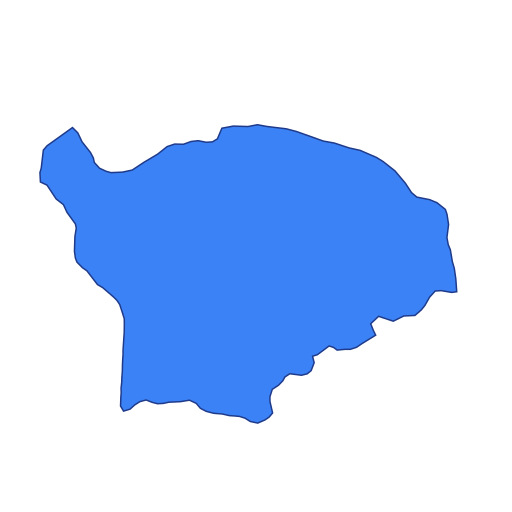 the district of São Simão, Goiás, Brazil, rotated 258°
{"feature_id": "56859067B52183336180672", "entity_name": "São Simão", "entity_type": "district", "adm_level": 2, "iso_a3": "BRA", "parent_name": "Brazil", "parent_adm1": "Goiás", "projection": "robinson", "projection_center": [-50.604, -19.016], "detail": "fine", "context": "isolated", "style": "filled", "palette": "blue", "viewbox_px": 512, "rotation_deg": 258, "n_neighbors": 0, "source": "geoboundaries", "source_scale": "gbopen_adm2", "svg_char_len": 1903}
<svg xmlns="http://www.w3.org/2000/svg" viewBox="0 0 512 512"><g transform="rotate(258 256 256)"><path d="M419.8,103.2L407.3,74.6L403.8,70.0L386.6,64.2L382.5,62.0L373.2,60.5L368.8,66.3L353.3,72.4L346.3,78.3L338.0,80.2L324.9,86.0L320.7,86.0L312.6,82.9L298.4,79.4L291.5,78.9L287.2,79.6L280.5,83.9L276.7,87.5L261.0,95.0L256.9,99.5L245.3,108.3L241.4,110.8L236.8,112.6L230.4,113.3L222.1,114.1L215.6,112.8L208.3,111.1L191.3,106.3L187.4,105.5L182.1,104.0L177.1,102.7L171.0,101.3L164.9,99.5L160.4,98.4L154.7,96.5L150.2,95.7L146.2,94.5L137.4,92.3L131.8,94.2L132.4,101.0L135.5,106.3L137.7,112.2L138.0,118.6L134.5,123.9L132.0,128.9L131.1,134.5L131.1,140.5L130.1,146.4L129.2,152.1L128.8,160.9L124.3,166.9L118.5,170.0L114.4,175.0L110.9,182.0L108.5,190.1L105.4,196.8L103.9,202.1L102.5,206.6L99.6,211.6L95.3,216.0L92.2,223.0L93.8,230.8L95.7,235.4L99.0,239.6L110.8,239.4L115.5,240.4L122.2,244.2L124.9,251.1L128.3,256.2L131.7,259.2L133.8,264.6L129.9,275.7L130.1,281.6L132.4,286.1L139.5,290.7L146.2,290.5L146.7,295.5L152.8,308.8L150.4,312.9L147.1,315.8L146.2,323.7L145.1,328.9L145.8,335.4L148.3,341.5L153.7,356.6L158.9,355.3L165.9,354.1L171.5,363.4L163.7,376.7L166.6,388.1L164.8,399.1L169.0,406.6L172.5,410.9L179.7,417.3L184.5,424.0L183.6,430.0L179.7,439.8L179.3,444.9L192.2,446.7L202.7,447.4L209.6,446.9L221.7,447.4L227.2,446.4L234.4,446.6L246.7,450.9L257.1,451.5L262.2,450.9L270.4,444.2L275.0,437.6L280.2,425.5L285.7,421.3L296.2,417.2L310.4,409.6L321.8,400.1L327.3,394.4L337.7,379.8L342.4,369.5L350.2,356.1L354.4,345.8L369.4,321.4L374.1,312.1L380.4,293.7L384.1,284.7L384.3,275.1L387.8,260.8L388.1,249.2L378.6,242.6L376.7,237.1L377.6,230.9L380.8,223.5L381.5,216.4L380.4,208.2L382.4,199.7L381.5,191.8L376.1,181.0L370.9,165.7L365.8,152.8L365.8,142.8L367.7,131.5L370.1,126.9L374.4,121.2L381.1,117.3L385.7,117.3L391.7,115.6L403.8,109.6L413.5,107.3L419.8,103.2Z" fill="#3b82f6" stroke="#1e3a8a" stroke-width="1.5"/></g></svg>